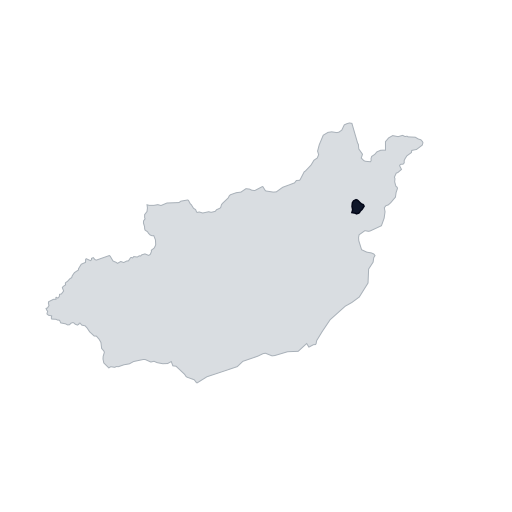 location of Xalzan, Sühbaatar, Mongolia, rotated 323°
{"feature_id": "93677404B22998636655266", "entity_name": "Xalzan", "entity_type": "district", "adm_level": 2, "iso_a3": "MNG", "parent_name": "Mongolia", "parent_adm1": "Sühbaatar", "projection": "orthographic", "projection_center": [113.029, 46.302], "detail": "fine", "context": "in_parent", "style": "filled", "palette": "ink", "viewbox_px": 512, "rotation_deg": 323, "n_neighbors": 0, "source": "geoboundaries", "source_scale": "gbopen_adm2", "svg_char_len": 4027}
<svg xmlns="http://www.w3.org/2000/svg" viewBox="0 0 512 512"><g transform="rotate(323 256 256)"><path d="M56.8,171.5L58.2,172.0L60.8,171.0L61.8,168.7L62.9,167.7L68.2,168.7L70.2,170.2L71.1,168.8L71.6,168.7L72.4,170.4L73.7,170.2L74.7,169.9L76.0,168.4L77.7,169.2L81.3,168.2L82.3,164.7L83.7,164.3L86.6,164.4L87.4,162.9L88.1,162.7L90.2,162.8L94.1,162.1L95.7,162.4L97.4,161.2L101.0,160.0L105.8,160.3L106.5,159.4L111.5,157.4L116.0,158.5L118.0,156.1L118.8,156.0L121.0,160.1L122.4,160.0L123.2,158.9L125.1,159.4L125.2,161.9L126.0,163.2L139.2,167.4L139.4,168.4L138.8,174.0L140.6,177.1L140.9,178.5L144.7,179.0L146.4,181.6L149.7,182.2L151.2,183.1L154.8,181.9L155.5,182.1L156.3,183.3L158.0,182.9L160.6,185.4L162.9,185.6L163.9,186.6L165.4,186.3L168.6,187.5L170.6,190.9L172.5,191.1L175.1,189.6L175.9,188.4L179.3,188.4L181.3,187.5L182.8,186.5L185.4,182.6L186.6,178.2L185.2,177.3L184.1,175.5L183.8,173.0L184.0,171.4L183.0,168.6L183.4,167.4L184.7,165.4L185.9,162.0L187.3,160.3L189.7,159.6L190.2,158.3L192.0,155.9L195.7,154.9L198.2,152.3L199.8,149.5L201.2,151.3L205.1,154.2L208.5,155.9L210.5,158.5L216.8,160.1L226.7,167.0L229.0,167.0L235.1,170.1L235.5,170.9L234.9,174.9L235.2,176.1L234.8,180.3L235.7,182.6L235.0,185.1L235.5,186.0L237.1,186.6L239.3,189.6L244.9,192.2L246.4,194.1L250.3,195.8L252.4,195.3L255.8,196.1L257.0,196.0L259.4,194.2L260.9,193.8L268.8,192.9L271.0,191.8L272.5,191.7L278.4,193.6L282.4,195.9L288.5,196.2L291.1,198.7L292.2,200.9L294.4,203.0L302.9,204.4L303.2,204.8L302.8,209.3L303.1,210.1L308.3,215.4L310.8,217.0L318.7,217.2L330.8,220.8L333.7,220.0L336.2,221.7L337.2,221.6L345.3,217.7L346.4,217.9L354.7,216.5L359.9,214.4L363.9,214.6L367.0,212.8L368.3,209.3L373.5,205.2L382.4,200.0L387.9,200.6L391.2,202.4L394.7,206.0L396.7,207.0L400.3,207.1L405.4,204.4L408.1,205.0L410.7,206.0L412.4,207.8L405.0,227.2L405.0,228.3L402.5,232.4L402.3,238.8L399.0,241.1L399.5,244.7L400.3,246.1L404.1,249.6L405.4,249.1L406.4,247.5L408.3,246.1L412.0,246.3L415.2,245.6L419.3,246.6L423.1,249.4L428.2,242.6L433.0,241.5L437.6,242.1L441.3,246.2L445.7,247.9L446.9,250.3L448.7,251.2L449.2,252.4L454.7,257.0L456.0,260.2L457.6,262.4L457.8,264.8L457.5,266.0L455.5,267.5L448.3,267.5L443.9,265.4L442.4,266.9L436.8,266.8L433.8,267.9L431.7,269.0L430.5,270.7L429.5,271.1L428.6,271.1L426.9,269.9L425.4,270.0L425.0,270.3L424.3,274.4L419.5,274.7L417.9,274.2L414.0,276.3L413.5,277.9L411.4,280.2L409.7,284.4L410.1,286.1L409.6,287.2L406.1,289.6L402.8,292.9L395.7,294.5L392.4,294.8L390.0,294.0L387.5,294.7L385.7,298.3L381.1,302.9L374.4,307.3L362.2,304.7L360.7,304.0L358.2,301.3L351.1,301.1L349.1,302.9L347.3,305.6L344.1,314.5L346.8,319.6L350.0,323.0L351.3,325.3L351.3,327.3L349.0,328.2L345.8,331.4L338.1,334.2L329.2,345.0L313.8,350.9L304.5,350.8L297.1,349.8L276.9,351.5L263.6,356.1L253.5,360.1L251.2,362.2L250.2,362.5L248.5,361.4L243.4,360.6L243.8,356.4L232.3,357.5L223.7,351.5L211.1,346.8L208.7,345.4L205.0,339.3L202.8,338.2L197.2,337.1L182.1,332.2L174.5,333.1L144.1,322.9L132.6,321.9L132.2,321.3L132.2,317.7L128.0,311.3L127.6,309.8L127.8,307.7L125.8,295.9L123.5,293.7L124.8,289.3L120.7,288.7L116.7,285.9L112.8,281.6L111.2,278.7L108.2,277.4L105.3,272.1L103.7,270.8L94.7,266.6L89.9,265.9L85.1,263.4L79.5,261.6L77.9,260.2L76.2,259.9L73.4,257.0L71.1,256.8L70.1,249.8L71.8,246.2L73.5,244.2L77.0,241.6L77.3,240.3L77.1,236.9L80.1,231.8L80.6,228.2L80.3,223.9L78.6,222.5L77.5,216.4L77.8,212.1L77.5,208.9L75.3,206.4L75.1,203.7L74.3,203.3L73.5,203.9L71.8,203.7L70.6,201.7L70.2,199.6L69.4,198.8L67.6,198.3L65.8,198.7L64.1,197.7L63.1,195.6L59.8,191.9L60.3,190.0L60.1,188.6L59.0,187.8L58.2,186.2L54.9,183.4L55.1,182.4L56.8,180.9L54.6,178.4L54.2,176.4L56.4,174.7L56.3,173.0L56.8,171.5Z" fill="#d9dde1" stroke="#a8b0b8" stroke-width="1"/><path d="M370.6,272.3L369.8,271.2L367.1,270.7L365.0,271.5L362.5,274.2L361.8,275.7L361.6,276.1L360.9,277.4L358.7,279.0L361.0,281.5L361.6,282.8L363.8,283.6L364.9,283.5L366.2,282.9L367.0,282.8L368.8,282.6L372.3,281.3L372.6,279.7L372.5,279.3L371.6,278.0L371.1,275.5L370.9,273.6L370.6,272.3Z" fill="#0f172a" stroke="#020617" stroke-width="1.5"/></g></svg>